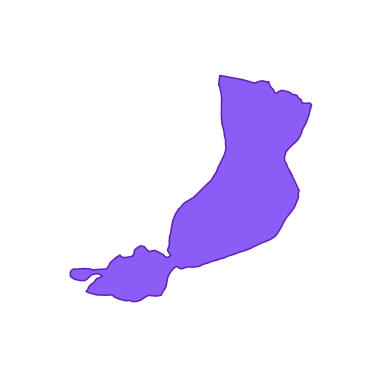 Al Ashah, Amran, Yemen, rotated 57°
{"feature_id": "15242507B84634184088095", "entity_name": "Al Ashah", "entity_type": "district", "adm_level": 2, "iso_a3": "YEM", "parent_name": "Yemen", "parent_adm1": "Amran", "projection": "albers", "projection_center": [43.794, 16.335], "detail": "fine", "context": "isolated", "style": "filled", "palette": "violet", "viewbox_px": 384, "rotation_deg": 57, "n_neighbors": 0, "source": "geoboundaries", "source_scale": "gbopen_adm2", "svg_char_len": 4968}
<svg xmlns="http://www.w3.org/2000/svg" viewBox="0 0 384 384"><g transform="rotate(57 192 192)"><path d="M109.5,105.3L116.9,111.5L118.9,111.3L120.7,112.2L124.1,113.5L127.3,114.9L130.7,116.8L132.3,118.0L133.9,119.1L134.2,119.3L135.6,120.3L138.7,122.2L139.7,122.9L141.7,124.3L143.5,125.4L146.7,127.4L149.2,128.7L152.6,130.3L154.6,130.8L157.9,131.9L159.4,132.6L159.7,132.7L163.6,134.7L166.0,135.2L169.0,137.1L170.7,138.1L173.8,139.6L176.8,142.7L178.9,145.5L180.9,148.7L182.6,151.7L183.8,153.4L185.1,156.0L186.4,157.9L187.0,158.7L187.9,159.8L189.0,161.6L189.7,163.6L192.7,169.7L193.0,171.7L193.3,173.5L197.4,193.5L197.0,202.9L197.0,203.0L197.1,203.3L197.1,203.6L197.1,203.9L197.1,204.0L197.1,204.4L197.1,204.6L197.1,204.8L197.1,205.1L197.2,205.3L197.2,205.5L197.3,205.5L197.3,205.8L197.3,206.0L197.4,206.3L197.5,206.4L197.5,206.5L197.6,206.8L197.6,207.0L197.7,207.3L197.7,207.6L198.0,207.9L198.6,209.7L199.0,212.5L199.1,212.8L199.2,213.0L199.3,213.2L199.3,213.3L199.3,213.5L199.5,213.6L199.6,213.8L199.7,214.0L199.8,214.2L199.9,214.3L200.0,214.4L200.0,214.5L200.1,214.8L200.2,215.1L200.3,215.2L200.4,215.5L200.5,215.7L200.6,216.0L200.8,216.1L200.8,216.3L200.9,216.5L201.0,216.7L201.1,216.8L201.1,217.0L201.2,217.3L201.3,217.5L201.4,217.8L201.5,217.9L201.6,218.1L201.8,218.3L201.9,218.5L202.0,218.6L202.2,218.9L202.3,219.1L202.5,219.4L202.6,219.5L202.8,219.7L202.9,219.8L203.0,219.9L203.0,220.0L203.2,220.3L203.3,220.5L203.5,220.7L203.5,220.8L203.8,221.2L203.9,221.3L204.1,221.5L204.2,221.8L204.3,222.0L204.5,222.2L204.6,222.3L204.7,222.5L204.9,222.7L204.9,222.8L205.1,223.0L205.4,223.4L205.5,223.5L205.8,223.9L205.9,224.0L206.0,224.1L206.2,224.3L206.3,224.4L206.5,224.5L206.8,224.9L207.0,225.0L207.1,225.3L207.3,225.4L207.4,225.5L207.5,225.6L207.8,225.9L208.1,226.0L208.3,226.3L208.5,226.5L208.9,226.8L209.1,227.0L209.3,227.2L209.4,227.3L209.5,227.4L209.7,227.7L210.0,227.9L210.1,228.1L210.3,228.2L210.5,228.5L210.8,228.7L211.0,228.9L211.2,229.1L211.3,229.2L211.6,229.5L211.8,229.6L212.0,229.8L212.3,230.1L212.5,230.2L212.7,230.4L212.8,230.5L213.0,230.7L213.2,230.8L213.4,231.0L213.5,231.1L213.8,231.4L213.9,231.5L214.0,231.6L214.3,231.8L214.5,232.1L214.8,232.4L214.9,232.5L215.1,232.7L215.2,232.8L215.3,232.9L215.4,233.0L215.5,233.1L215.7,233.3L215.8,233.4L215.9,233.5L216.0,233.6L216.1,233.8L216.2,234.0L216.3,234.0L216.5,234.3L216.6,234.5L217.9,235.7L219.7,236.9L221.2,238.2L223.9,239.7L227.3,244.1L229.8,244.6L233.4,244.2L233.6,248.1L231.4,250.0L229.1,250.0L223.1,253.4L220.7,255.0L219.8,257.0L218.6,260.5L215.3,261.4L211.9,261.7L209.1,264.4L208.9,268.1L209.3,271.8L211.9,274.0L213.4,276.9L211.9,280.8L210.8,283.1L209.9,284.9L208.0,286.3L205.7,286.9L205.5,290.2L205.9,293.7L206.4,297.2L206.8,299.4L208.7,302.2L209.9,305.6L208.3,308.6L206.4,311.8L204.7,314.9L203.7,317.1L200.6,319.8L199.2,321.7L199.1,322.1L197.5,324.0L195.4,327.9L193.7,331.0L192.0,333.4L192.1,336.2L193.4,338.0L196.4,339.9L198.7,339.3L200.6,338.3L202.2,337.1L205.5,333.9L207.7,330.5L208.0,328.6L207.5,325.2L206.8,321.0L208.1,317.7L209.8,314.8L213.8,313.3L213.5,316.0L212.7,319.4L214.4,323.6L214.5,327.0L215.4,330.4L217.0,332.5L217.6,334.8L219.6,334.1L222.4,331.4L225.2,329.2L227.5,326.6L229.4,323.6L231.5,320.8L233.9,316.3L235.7,314.8L238.1,314.1L240.0,312.8L242.1,311.5L244.8,309.0L247.4,306.6L248.8,303.5L251.9,301.1L253.6,298.0L254.7,294.5L254.7,291.1L254.7,287.2L255.1,284.6L257.4,281.8L259.6,279.0L261.1,275.9L261.7,273.7L259.8,270.8L258.5,267.5L256.6,264.7L251.1,259.5L249.9,258.0L248.1,255.0L247.4,253.1L246.7,251.1L246.0,248.8L246.0,246.9L246.0,246.3L246.4,244.8L248.6,244.5L250.8,242.6L252.4,236.4L253.6,234.8L255.7,231.8L256.8,229.6L258.4,226.2L258.6,222.6L259.5,219.4L260.3,217.1L260.6,215.0L261.6,211.3L262.8,208.0L263.4,204.6L264.8,201.3L264.9,199.4L265.3,197.4L265.8,195.3L267.1,190.7L267.7,188.3L268.1,185.9L269.1,182.3L270.1,179.0L271.3,173.1L271.3,170.7L272.0,167.2L272.2,164.8L272.6,161.5L273.6,157.2L274.2,153.9L274.5,150.9L274.5,147.3L274.1,144.9L273.3,143.1L271.7,139.6L270.2,136.4L268.3,133.2L266.5,130.1L264.9,126.7L264.1,124.1L263.0,120.8L261.8,117.4L260.5,114.2L258.4,111.3L256.5,108.5L254.5,105.7L251.1,103.6L248.8,101.2L246.3,101.1L243.0,100.5L239.6,100.0L235.8,99.6L233.8,99.2L230.2,98.7L226.7,98.4L224.3,98.4L222.4,98.2L220.2,97.4L216.5,97.3L214.4,96.3L211.8,94.1L209.6,91.4L208.8,89.1L207.8,85.5L207.1,82.0L206.9,79.9L206.5,77.8L205.7,74.5L204.3,71.3L203.0,69.3L200.3,66.1L198.5,63.0L196.8,59.7L194.7,56.8L192.5,53.7L190.2,51.0L188.8,49.7L186.6,47.0L183.7,44.1L181.4,44.9L179.5,48.4L177.1,51.2L173.7,50.2L170.7,51.6L168.4,51.3L166.5,52.7L165.1,54.5L161.8,55.7L159.7,57.2L157.3,59.7L155.6,61.4L154.9,65.1L155.3,67.4L153.7,68.6L151.2,68.1L149.3,68.2L147.4,68.7L144.0,68.5L141.3,67.6L140.0,69.7L137.2,72.1L135.6,76.0L135.0,79.4L132.9,81.9L130.6,83.7L125.0,88.7L123.5,90.3L121.6,92.3L121.2,92.7L119.8,94.2L118.1,96.0L116.7,97.5L115.1,99.2L113.4,100.9L112.6,101.8L112.0,102.4L111.7,102.7L110.5,104.2L109.5,105.3Z" fill="#8b5cf6" stroke="#5b21b6" stroke-width="1.5"/></g></svg>